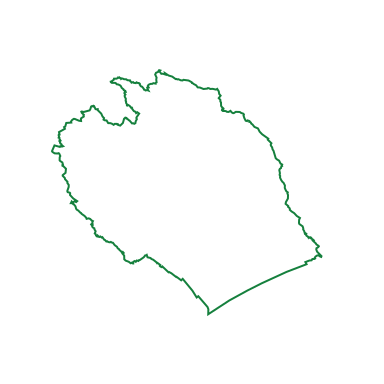 Purworejo, Jawa Tengah, Indonesia, rotated 310°
{"feature_id": "22746128B47019757463267", "entity_name": "Purworejo", "entity_type": "district", "adm_level": 2, "iso_a3": "IDN", "parent_name": "Indonesia", "parent_adm1": "Jawa Tengah", "projection": "equal_earth", "projection_center": [109.987, -7.708], "detail": "fine", "context": "isolated", "style": "outline", "palette": "green", "viewbox_px": 384, "rotation_deg": 310, "n_neighbors": 0, "source": "geoboundaries", "source_scale": "gbopen_adm2", "svg_char_len": 5933}
<svg xmlns="http://www.w3.org/2000/svg" viewBox="0 0 384 384"><g transform="rotate(310 192 192)"><path d="M108.8,283.0L132.9,290.3L152.2,297.8L166.9,304.1L191.6,315.8L210.3,326.2L211.2,323.9L215.0,326.0L216.5,327.5L218.0,327.3L219.5,328.9L220.1,329.0L220.1,328.4L221.8,328.1L223.9,328.7L224.8,329.7L224.9,331.5L225.3,332.7L226.1,332.4L226.7,326.2L227.8,324.2L228.9,323.5L230.8,324.1L231.9,324.1L232.1,323.7L231.8,320.8L232.2,320.1L232.4,316.0L233.2,316.4L233.4,315.7L233.0,313.6L233.4,313.4L233.6,312.5L233.4,311.9L232.8,312.1L232.3,311.0L232.5,310.7L232.3,309.9L232.1,310.0L232.3,309.4L232.1,307.9L232.6,306.5L233.4,306.5L233.4,305.5L232.7,305.2L234.2,303.0L234.8,301.2L235.7,300.6L236.8,298.8L236.5,294.8L237.0,293.9L239.6,291.9L241.5,291.4L241.0,287.7L241.5,283.8L241.1,280.9L241.2,278.4L241.9,277.9L242.4,276.9L242.4,275.1L243.1,274.7L243.1,271.3L244.7,270.4L248.6,269.7L251.4,267.5L252.3,265.9L253.3,265.6L253.2,263.8L254.0,261.9L254.8,260.4L256.7,259.0L257.9,256.2L257.9,254.7L258.5,252.6L259.6,250.2L261.0,249.2L261.4,248.1L262.9,247.3L264.9,244.8L266.2,244.4L267.5,244.8L269.0,244.0L269.8,244.3L270.1,243.6L271.0,243.4L270.7,241.5L272.0,238.6L271.6,236.1L271.7,234.4L276.0,227.9L276.4,226.4L277.7,224.7L278.3,222.5L279.0,221.8L280.4,221.5L280.8,216.4L281.9,216.2L281.3,208.6L281.7,205.0L283.1,201.7L282.0,198.0L282.6,195.0L282.5,193.3L283.0,192.5L283.0,191.3L282.7,191.0L283.2,190.7L283.2,190.1L282.5,188.5L281.7,188.6L281.1,187.3L282.2,184.7L283.7,182.3L284.6,182.1L285.0,181.1L284.1,178.6L284.1,177.6L283.6,176.6L281.5,174.0L279.3,173.3L278.8,172.8L278.5,171.2L278.9,169.3L276.9,168.6L275.9,167.3L275.7,165.8L273.9,163.6L273.9,162.4L274.6,162.0L275.4,162.6L275.8,161.8L276.2,162.0L276.3,160.1L276.7,158.9L279.3,156.6L279.5,155.6L280.8,154.5L281.1,152.1L284.2,152.0L284.6,149.8L286.3,147.8L287.2,145.0L285.9,144.6L284.3,141.5L282.7,139.8L282.3,138.1L281.7,137.3L281.0,137.2L278.3,134.6L277.1,130.9L275.8,129.1L276.4,126.6L275.8,123.8L275.8,122.2L275.5,121.9L275.9,121.2L275.2,117.7L272.4,113.3L271.4,113.1L270.4,111.7L269.6,109.0L268.8,108.4L268.6,107.4L268.0,106.9L267.7,102.7L266.2,99.2L265.7,95.0L264.9,96.2L263.9,93.7L262.8,92.5L263.4,90.0L264.1,89.3L264.6,89.4L264.2,88.5L263.3,88.5L262.5,89.0L260.2,87.8L258.3,88.3L256.9,91.3L255.2,92.3L253.2,94.4L251.7,93.9L251.5,94.2L250.5,92.4L249.4,92.1L248.1,90.7L246.2,89.8L244.8,90.0L244.2,91.6L243.1,90.7L242.4,91.7L241.7,93.4L241.3,92.2L239.9,91.1L239.9,89.8L239.6,89.4L240.1,88.5L240.6,86.1L240.2,85.3L240.2,84.4L240.6,83.6L240.6,83.0L241.4,82.4L241.3,81.2L240.7,80.5L240.3,79.0L239.3,79.0L238.2,77.2L238.3,76.2L236.9,75.4L237.2,74.7L237.1,73.6L237.7,72.9L236.1,70.6L236.1,69.3L234.7,67.4L234.3,65.9L233.7,65.2L233.0,65.0L233.4,64.2L233.0,63.7L233.1,62.6L232.5,62.4L232.2,61.8L231.8,62.0L230.3,61.3L228.7,59.4L227.6,59.9L225.9,59.4L225.5,59.6L224.3,58.8L224.0,59.2L224.1,60.5L226.2,63.0L226.4,63.9L226.1,65.0L227.0,66.5L227.5,68.6L227.3,69.7L226.6,71.1L226.6,73.7L226.2,74.2L226.6,75.9L226.1,76.8L225.6,76.2L224.3,76.6L223.8,78.4L222.8,78.3L221.8,79.2L220.9,81.4L219.2,82.5L219.1,83.2L217.9,84.2L217.3,85.9L216.5,86.5L216.5,86.8L217.6,87.0L217.7,87.4L217.9,89.0L217.4,91.2L218.0,91.6L217.9,92.1L217.2,92.8L216.6,95.5L217.1,97.0L216.5,98.5L217.9,98.8L218.1,101.1L213.7,101.5L212.9,101.8L212.4,102.9L210.0,103.4L208.3,104.4L207.1,103.9L206.9,102.8L206.0,102.0L206.6,98.2L206.4,97.6L206.5,95.4L206.1,94.7L206.6,94.1L206.1,93.1L204.4,92.9L200.5,94.7L196.7,94.3L196.1,92.8L196.3,91.7L195.7,91.5L195.9,90.7L194.5,89.0L193.1,88.8L192.8,86.6L192.2,85.1L190.9,83.5L191.9,80.6L190.8,79.0L190.6,77.7L192.1,77.1L192.3,75.0L193.7,72.1L194.1,67.3L194.9,66.5L193.8,65.6L193.5,64.8L194.9,61.7L194.7,61.1L193.9,61.2L193.6,60.2L192.6,59.8L190.0,60.9L188.7,61.1L183.7,57.6L182.8,55.8L182.4,55.6L181.8,56.7L181.6,59.6L180.7,59.8L180.2,60.6L177.3,59.7L176.6,59.9L175.1,61.4L174.0,59.7L172.6,55.2L172.0,54.4L170.2,53.9L168.3,54.0L167.6,54.9L164.1,51.3L160.7,52.8L159.5,52.3L158.7,54.0L152.4,51.6L150.9,53.6L150.3,53.1L149.8,53.3L148.9,54.6L148.0,54.9L148.3,55.6L147.5,56.3L147.0,57.8L146.6,57.4L145.8,57.6L145.6,58.9L145.0,59.1L144.6,59.9L144.6,61.5L144.1,62.0L144.2,63.8L143.2,63.2L142.4,61.7L141.6,61.8L139.3,56.7L133.3,58.5L133.0,59.4L133.3,61.9L135.0,64.2L135.9,64.7L136.1,65.5L134.9,68.0L133.6,68.3L131.2,70.2L131.0,70.9L131.3,73.7L130.0,75.6L129.3,75.4L128.8,76.0L129.1,76.5L128.8,80.5L125.4,82.8L121.9,82.1L121.3,82.5L121.0,85.5L120.2,86.5L119.8,90.0L118.8,90.7L118.2,93.0L116.6,94.3L112.9,95.7L112.2,96.3L112.0,96.9L112.9,98.8L112.8,99.4L111.3,100.5L110.7,105.2L111.2,109.9L109.8,109.7L109.6,108.7L109.9,108.3L109.6,108.0L107.9,107.6L107.5,107.9L107.4,106.5L106.8,107.1L106.6,106.9L106.9,106.1L105.6,106.4L106.6,107.7L106.3,108.9L106.6,109.6L106.1,112.0L104.8,113.8L104.4,115.0L104.7,116.8L104.4,119.8L104.6,120.5L104.3,121.4L104.6,125.1L104.3,127.4L103.7,128.5L105.4,129.8L105.9,131.3L105.7,133.6L106.0,134.8L104.9,135.0L103.2,136.8L102.7,135.6L102.3,135.6L102.1,136.9L101.3,137.9L101.1,139.1L101.4,140.5L100.6,141.4L100.0,143.4L97.7,144.2L97.8,145.2L97.0,146.4L97.5,147.2L96.9,147.7L97.1,148.1L98.0,147.8L97.8,149.6L98.0,150.0L99.0,150.3L99.1,152.2L99.8,152.4L99.0,155.5L99.3,156.2L99.0,158.2L99.7,158.6L99.7,159.2L100.2,160.7L100.8,161.6L101.6,161.9L101.8,163.3L102.3,164.1L101.6,166.9L101.8,169.8L101.1,171.3L101.3,172.8L100.9,173.9L101.0,175.2L100.6,177.4L101.6,177.5L101.4,178.8L100.1,178.5L99.7,180.9L96.9,183.4L96.8,185.3L97.9,188.4L98.0,190.8L99.0,191.2L99.1,192.3L99.5,192.9L100.8,191.9L102.3,192.5L102.4,193.8L104.0,193.7L104.7,195.3L105.5,195.1L106.5,195.8L111.0,197.0L113.4,196.9L114.0,197.7L114.7,197.8L113.4,199.9L114.8,202.7L114.6,203.9L115.2,205.8L115.3,209.8L115.0,211.0L115.5,211.1L115.7,214.6L114.7,214.8L114.6,215.7L115.0,217.1L115.9,217.1L115.4,225.7L116.0,226.0L116.5,228.5L116.7,234.4L117.0,234.4L117.1,234.9L117.4,240.5L119.5,240.7L116.7,255.7L114.2,263.4L116.2,263.8L113.9,277.8L112.7,279.9L108.8,283.0Z" fill="none" stroke="#15803d" stroke-width="2"/></g></svg>